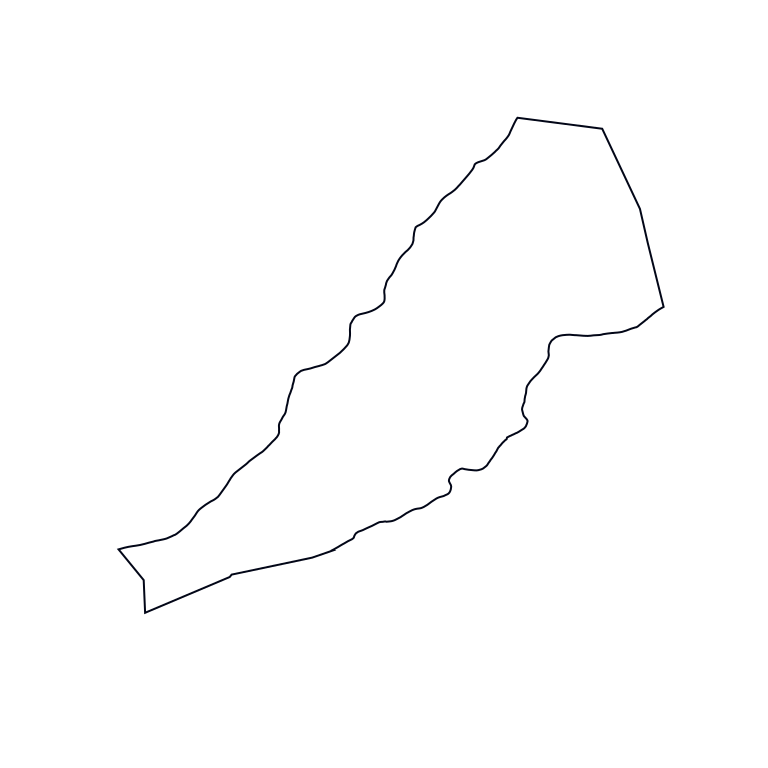 Belle Vue, Choiseul, Saint Lucia (Equal Earth projection), rotated 232°
{"feature_id": "8701671B26801747706600", "entity_name": "Belle Vue", "entity_type": "district", "adm_level": 2, "iso_a3": "LCA", "parent_name": "Saint Lucia", "parent_adm1": "Choiseul", "projection": "equal_earth", "projection_center": [-61.036, 13.806], "detail": "fine", "context": "isolated", "style": "outline", "palette": "ink", "viewbox_px": 768, "rotation_deg": 232, "n_neighbors": 0, "source": "geoboundaries", "source_scale": "gbopen_adm2", "svg_char_len": 6156}
<svg xmlns="http://www.w3.org/2000/svg" viewBox="0 0 768 768"><g transform="rotate(232 384 384)"><path d="M377.4,73.9L350.8,54.9L326.9,143.6L327.6,146.6L291.4,220.5L284.1,241.8L284.8,241.4L284.5,243.0L284.1,245.8L283.8,247.8L283.6,249.7L283.2,252.7L282.9,254.4L282.3,258.9L281.7,261.8L281.4,263.2L281.4,264.2L281.4,265.1L281.6,265.7L282.5,267.0L282.9,267.8L283.6,269.8L283.5,271.9L283.4,272.9L282.4,275.8L281.9,277.4L281.1,281.1L280.5,283.6L279.6,287.2L278.5,293.0L278.0,295.2L277.3,296.5L276.2,298.1L275.0,300.3L273.9,301.2L271.9,304.4L271.5,305.1L271.1,305.9L270.5,307.4L270.1,308.7L269.6,311.2L269.1,314.0L268.9,315.0L268.8,316.7L268.5,320.1L268.5,320.9L268.3,322.7L268.1,323.6L267.9,325.1L267.2,328.7L266.6,330.6L266.1,331.8L265.3,333.4L264.1,335.4L263.4,336.8L263.0,338.1L262.6,339.8L262.5,340.7L262.1,343.8L262.0,348.9L261.5,354.8L261.1,356.7L260.5,358.5L259.0,362.0L258.6,364.0L258.2,365.5L258.0,366.6L258.0,367.6L258.2,368.7L258.5,369.5L258.9,370.3L259.8,371.7L261.1,373.1L261.8,373.8L262.6,374.2L263.3,374.5L265.7,374.9L266.9,375.2L267.5,375.4L267.9,375.7L268.5,376.3L269.0,377.0L269.8,378.6L270.0,379.2L270.3,381.0L270.3,383.5L270.5,386.1L270.5,388.1L270.2,390.4L270.1,391.5L269.8,392.3L269.4,393.3L269.0,393.8L267.2,395.2L264.2,398.0L260.3,402.1L259.3,403.3L258.9,403.8L258.2,405.0L257.9,405.6L256.8,408.3L256.6,409.2L256.4,410.1L256.4,414.0L256.5,414.9L256.7,415.7L257.4,417.6L258.1,420.1L258.6,421.4L259.1,423.5L259.6,425.0L259.8,425.6L260.4,427.3L261.3,429.5L261.7,430.9L262.3,432.2L263.2,434.2L263.5,435.0L263.6,436.0L263.9,436.9L263.9,437.7L264.6,440.7L264.8,442.2L264.9,443.6L265.1,444.5L265.0,446.6L266.1,448.0L265.6,450.9L265.1,452.7L264.9,454.0L264.6,454.8L264.1,457.4L263.7,458.7L263.4,460.6L263.3,461.6L263.0,464.7L262.8,466.3L262.8,467.1L262.9,468.0L263.1,468.7L263.2,469.3L263.5,470.1L264.3,471.4L264.7,472.2L266.0,473.9L266.4,474.3L267.0,474.6L267.7,474.7L269.1,474.8L269.6,474.7L272.7,474.5L274.0,474.9L276.1,475.8L278.8,477.0L279.4,477.5L280.4,478.6L280.9,479.4L282.6,482.0L283.1,483.2L283.6,483.8L285.6,485.6L286.9,487.1L287.5,487.7L288.4,489.0L289.5,490.4L292.7,493.4L293.5,494.4L294.0,495.2L294.4,495.9L295.2,498.3L296.1,501.1L296.5,503.3L297.0,506.6L297.4,511.2L297.7,512.8L298.3,515.3L299.1,517.6L299.8,519.9L300.5,521.8L301.2,524.0L302.3,526.9L302.8,528.2L303.2,529.1L303.9,530.1L305.1,531.5L305.5,531.8L308.4,533.6L311.3,536.4L313.1,538.3L313.8,539.7L314.5,541.4L315.0,542.9L315.1,547.9L315.0,548.5L314.3,551.0L314.0,551.7L313.5,552.9L312.5,554.8L310.1,558.5L308.4,560.8L305.5,563.9L303.7,566.0L299.0,571.1L296.5,574.1L296.0,574.8L295.7,575.3L294.8,576.6L293.4,579.0L290.0,583.9L289.1,585.5L288.3,587.4L286.2,591.1L285.1,592.9L283.6,595.4L283.1,596.0L282.8,596.6L280.8,599.6L279.6,601.6L278.5,603.7L277.6,606.1L277.0,607.6L275.5,612.6L273.8,617.0L273.4,617.7L273.2,618.6L273.1,619.5L273.2,621.9L273.2,622.8L273.2,628.3L273.3,629.4L273.2,630.9L273.4,632.7L273.4,636.2L273.6,638.2L273.6,641.8L273.4,646.2L273.3,647.0L273.1,648.7L272.6,651.8L332.8,678.7L364.4,693.5L450.8,713.1L511.6,653.1L511.4,652.3L510.7,650.4L509.2,647.1L505.0,638.8L504.7,638.3L504.0,637.1L503.2,635.4L502.4,632.7L501.9,630.5L501.6,628.6L501.2,626.8L500.2,622.6L499.3,619.8L499.1,618.9L499.0,617.9L498.9,617.1L498.9,616.3L498.6,614.2L498.3,609.6L498.2,604.0L498.2,603.0L498.3,602.0L498.6,600.7L500.7,595.0L501.1,593.4L501.3,592.0L501.2,590.7L500.7,589.9L499.7,588.3L499.3,587.6L498.8,586.3L498.5,585.5L497.2,580.4L496.6,577.5L495.2,570.4L494.4,566.5L494.2,564.8L493.7,562.1L493.4,559.3L493.4,556.1L493.5,553.9L493.8,551.3L493.8,550.4L493.9,549.6L493.9,546.5L493.6,543.4L493.3,541.6L492.8,539.9L492.0,537.9L488.6,530.3L488.4,529.5L488.2,528.6L488.1,528.0L487.5,524.5L487.1,520.7L486.9,518.4L486.8,515.1L487.0,512.6L487.4,510.0L487.9,507.9L488.0,506.9L488.0,505.4L486.7,503.5L485.1,501.4L484.1,500.3L482.3,498.6L481.4,497.6L479.1,495.7L478.1,494.4L477.1,493.0L476.7,492.3L475.5,488.7L474.9,485.1L474.8,482.2L474.2,477.7L473.7,475.4L473.2,473.6L472.4,471.3L471.1,468.7L470.4,467.4L469.5,466.1L467.6,462.6L466.5,460.1L466.0,459.0L465.2,456.8L464.7,454.0L464.2,452.3L463.6,450.5L463.3,449.7L462.3,448.1L461.8,447.4L461.2,446.8L459.3,444.2L458.4,442.8L457.9,442.1L457.3,441.6L455.9,440.5L453.6,439.1L452.8,438.5L452.0,437.9L450.7,436.9L449.6,435.8L449.1,435.2L448.7,434.5L448.4,433.7L448.2,432.7L448.0,430.6L448.0,428.4L448.1,425.1L448.4,422.6L449.2,419.2L450.2,416.1L451.4,413.1L453.8,407.9L454.3,406.4L454.5,405.5L454.8,403.7L454.8,402.6L454.6,401.7L453.3,397.9L452.5,396.2L452.2,395.1L451.6,394.2L451.1,393.7L447.8,390.6L444.8,388.4L443.0,386.9L440.1,384.0L438.5,382.0L438.1,381.3L437.4,379.6L437.1,378.7L436.3,374.1L435.8,369.4L435.7,368.5L435.7,353.2L435.9,350.4L436.1,349.5L437.1,346.6L437.8,345.0L438.1,344.1L439.9,340.0L441.5,335.7L442.9,332.7L444.1,330.3L444.5,329.4L445.1,327.6L445.4,326.8L445.5,325.0L445.5,321.8L445.3,320.8L445.0,319.0L444.7,318.1L444.2,317.4L441.5,314.3L440.0,312.2L439.1,311.0L438.1,310.0L437.3,309.0L436.6,307.7L434.7,304.8L433.4,302.5L431.5,299.8L430.5,298.6L428.0,295.8L426.4,293.7L423.5,290.5L422.3,289.0L421.9,288.3L421.4,287.3L421.2,286.8L420.8,285.4L420.3,283.9L419.1,281.3L418.1,278.7L417.5,277.5L417.0,276.8L416.6,276.3L415.8,275.5L413.4,273.8L413.0,273.5L411.8,272.5L410.3,271.4L409.4,270.1L408.8,268.9L408.3,267.5L408.0,266.5L407.9,265.5L407.6,264.2L407.2,260.2L406.5,255.8L406.5,255.0L406.1,253.0L406.0,252.2L405.9,251.3L405.5,247.4L405.5,245.7L405.7,243.9L405.9,239.9L406.1,231.7L406.1,230.1L405.8,227.5L405.7,225.6L405.7,219.1L405.7,218.3L405.7,213.4L405.7,212.6L405.5,210.4L405.1,208.7L404.0,204.9L403.4,203.6L403.2,202.8L401.6,198.7L401.0,196.8L397.9,186.2L397.3,183.7L397.3,182.8L397.3,180.3L397.5,178.2L398.1,175.2L398.7,169.0L398.8,164.4L398.8,162.4L398.7,160.8L398.4,159.0L397.9,157.3L396.7,153.9L395.2,148.4L394.8,147.2L394.2,144.4L393.9,142.0L393.8,141.0L393.8,137.2L393.6,132.4L393.6,128.7L393.7,127.4L393.8,126.5L394.3,125.0L394.6,123.4L396.0,117.9L396.2,117.3L396.9,115.6L397.7,113.9L398.9,111.5L399.4,110.4L400.7,108.0L401.3,106.8L401.8,105.3L403.6,101.3L405.3,97.1L407.3,92.7L409.3,89.0L411.1,85.9L413.0,82.4L414.8,78.6L417.1,73.0L377.4,73.9Z" fill="none" stroke="#020617" stroke-width="2"/></g></svg>